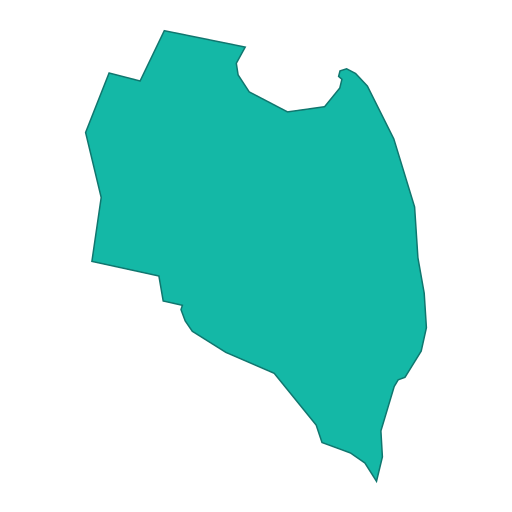 Mathews, Virginia, United States of America
{"feature_id": "52423323B81347355959648", "entity_name": "Mathews", "entity_type": "district", "adm_level": 2, "iso_a3": "USA", "parent_name": "United States of America", "parent_adm1": "Virginia", "projection": "robinson", "projection_center": [-76.331, 37.423], "detail": "fine", "context": "isolated", "style": "filled", "palette": "teal", "viewbox_px": 512, "rotation_deg": 0, "n_neighbors": 0, "source": "geoboundaries", "source_scale": "gbopen_adm2", "svg_char_len": 643}
<svg xmlns="http://www.w3.org/2000/svg" viewBox="0 0 512 512"><path d="M109.1,73.0L85.6,132.5L101.2,197.5L91.9,261.4L158.9,276.0L163.2,301.0L182.4,305.3L181.0,309.6L185.2,320.9L192.3,331.3L225.9,352.4L274.2,373.3L316.2,425.1L322.0,442.5L350.5,453.0L364.9,463.0L376.5,481.3L382.4,456.9L380.9,430.9L394.2,386.5L398.2,379.8L405.0,377.3L421.2,351.1L426.4,327.7L424.2,293.2L417.9,257.7L414.6,207.0L393.8,138.9L367.4,86.1L355.6,73.5L346.6,68.8L340.0,70.9L338.6,76.4L341.9,79.3L339.8,88.0L324.6,106.7L287.5,111.9L249.2,91.9L238.1,74.9L236.3,63.3L245.2,47.1L164.3,30.7L140.1,81.0L109.1,73.0Z" fill="#14b8a6" stroke="#0f766e" stroke-width="1.5"/></svg>